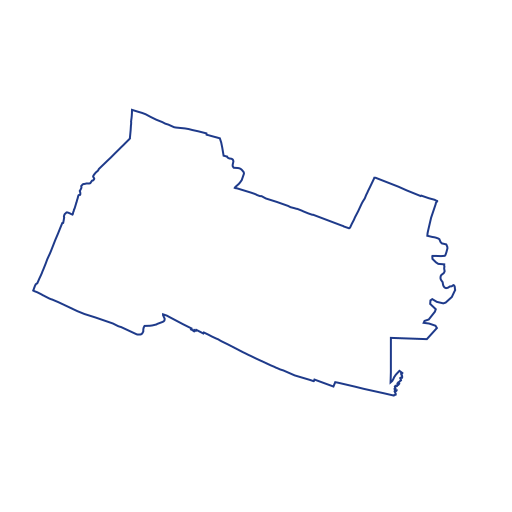 outline of Harsesti, Arges, Romania, rotated 19°
{"feature_id": "2599482B5043651668423", "entity_name": "Harsesti", "entity_type": "district", "adm_level": 2, "iso_a3": "ROU", "parent_name": "Romania", "parent_adm1": "Arges", "projection": "albers", "projection_center": [24.789, 44.52], "detail": "fine", "context": "isolated", "style": "outline", "palette": "blue", "viewbox_px": 512, "rotation_deg": 19, "n_neighbors": 0, "source": "geoboundaries", "source_scale": "gbopen_adm2", "svg_char_len": 5885}
<svg xmlns="http://www.w3.org/2000/svg" viewBox="0 0 512 512"><g transform="rotate(19 256 256)"><path d="M401.3,346.5L422.1,344.1L431.7,343.1L431.8,342.6L433.2,341.7L433.1,341.0L431.2,338.9L431.6,338.4L432.4,338.1L432.7,337.5L432.7,337.2L432.0,337.3L430.9,337.5L430.3,336.6L430.6,336.3L431.0,336.5L431.1,336.4L431.0,335.6L430.4,335.2L429.8,334.4L430.1,333.4L430.5,333.5L431.6,333.1L431.7,332.3L431.3,330.8L431.7,330.7L432.6,331.2L433.0,330.1L431.7,329.2L432.8,327.8L432.9,327.2L433.6,326.4L433.0,325.4L432.1,324.5L432.7,323.7L434.5,323.5L434.0,323.4L433.1,323.0L433.4,322.3L432.9,321.4L432.0,320.9L431.5,319.8L431.8,319.6L432.2,319.8L432.5,319.3L432.5,319.0L429.0,317.9L426.9,322.6L426.1,325.5L425.9,327.7L425.5,329.8L424.4,331.7L421.4,322.1L410.2,289.5L444.6,279.0L450.5,265.2L448.4,263.5L441.7,263.5L436.3,264.6L436.5,262.5L440.0,259.8L443.3,250.4L443.3,247.8L436.3,244.6L435.4,241.2L436.7,239.4L441.9,240.5L448.5,239.8L450.5,238.3L454.5,231.0L455.1,225.5L455.4,223.3L454.9,222.6L454.6,221.8L454.3,221.2L453.8,220.2L453.3,219.7L452.9,219.4L452.3,219.2L451.9,219.5L451.1,220.7L450.6,221.1L449.3,221.6L448.9,222.1L447.9,223.4L446.8,224.2L446.1,224.5L445.2,224.5L444.2,224.2L442.8,223.1L441.9,221.7L441.0,220.0L439.7,219.1L438.8,218.4L438.2,217.8L437.8,217.2L437.5,216.4L437.3,215.6L437.2,214.8L437.4,213.7L437.8,213.0L438.7,211.7L439.2,210.7L439.3,209.3L439.3,208.9L439.0,208.4L438.2,207.0L437.9,206.3L437.7,205.4L437.7,204.9L437.1,203.9L436.7,202.6L430.9,204.1L428.2,203.4L423.8,201.3L422.8,198.9L422.8,198.5L425.3,197.6L430.9,195.9L434.4,194.4L434.8,193.3L434.8,190.5L434.5,186.4L434.0,185.2L432.8,183.8L432.1,183.1L429.0,183.4L427.8,183.6L427.1,183.3L426.1,182.8L425.5,182.2L425.2,181.9L424.8,181.4L424.6,181.2L423.9,180.4L422.4,180.1L421.7,180.1L420.1,180.1L418.7,180.2L416.5,180.6L411.4,181.1L410.8,178.6L410.5,176.3L409.1,162.8L409.0,148.4L408.8,147.3L409.5,145.2L409.4,145.0L408.3,145.0L407.3,144.8L406.4,144.7L400.6,145.1L392.6,145.1L392.2,145.7L377.1,144.9L368.1,144.1L343.6,143.1L342.4,143.5L342.4,144.3L341.3,154.0L340.7,158.6L340.7,159.4L340.3,162.3L340.1,166.2L339.3,169.5L338.9,171.8L338.0,180.5L337.0,187.1L336.8,189.9L336.1,194.5L335.7,198.4L335.5,198.8L335.2,199.3L334.9,199.5L329.3,199.5L328.8,199.3L326.9,199.3L296.5,198.4L295.8,198.7L291.6,198.7L286.2,198.4L284.5,198.2L279.7,198.0L278.9,198.2L276.5,198.3L272.7,198.6L270.1,198.2L258.0,198.1L246.6,198.4L241.8,197.6L240.1,198.1L236.9,198.0L236.0,197.8L234.4,197.7L230.7,197.7L216.0,198.2L214.8,198.5L213.7,198.5L213.7,198.4L214.1,197.3L216.3,193.4L217.0,191.6L217.8,188.9L217.8,184.7L217.8,182.1L217.5,181.4L216.9,180.6L214.6,179.2L213.3,178.7L212.1,178.5L210.8,178.6L209.5,178.9L206.3,179.8L205.7,179.5L204.6,178.5L204.2,177.1L204.0,175.2L203.8,173.8L203.3,173.1L202.7,172.4L201.7,172.1L200.6,172.1L199.6,172.4L198.3,172.4L197.3,172.2L196.4,171.7L196.3,171.4L192.7,171.7L188.9,164.7L186.2,160.1L183.5,156.5L169.8,157.4L169.2,156.2L160.7,156.9L154.9,157.6L151.0,157.9L147.3,158.5L138.5,160.6L136.6,160.9L130.4,160.3L127.1,160.4L123.9,159.9L117.4,159.6L111.0,158.8L105.5,157.9L101.7,157.8L97.4,158.0L91.2,158.2L91.3,158.5L91.7,159.9L92.0,160.7L92.5,162.5L92.7,163.3L92.9,163.9L93.0,164.4L93.4,166.1L93.5,166.6L93.7,167.7L94.0,168.9L94.1,169.6L94.3,170.0L94.5,170.4L94.6,170.6L94.8,171.4L95.1,172.4L95.2,173.1L96.5,177.8L97.3,181.1L98.4,185.7L98.5,185.8L98.3,186.5L95.5,192.2L94.6,194.1L92.8,197.6L92.0,199.3L90.5,202.3L89.4,204.5L86.6,210.3L84.6,214.1L79.9,223.3L79.1,224.9L79.0,225.6L78.8,226.7L78.6,227.1L77.4,229.1L77.0,230.1L76.8,230.7L76.4,231.7L76.3,232.3L76.1,233.0L76.1,233.4L76.1,233.8L76.4,234.2L76.7,234.5L77.3,234.9L77.7,235.4L77.9,235.6L77.9,235.9L77.9,236.2L77.8,236.5L77.4,237.5L76.4,238.2L75.6,241.1L74.6,241.8L72.3,242.5L70.4,243.7L69.3,244.2L69.0,244.6L68.8,244.8L68.4,245.8L68.3,246.0L68.1,246.4L68.0,246.6L68.1,247.1L68.6,247.9L68.7,248.6L68.6,249.6L68.5,250.6L68.3,251.3L68.2,251.9L68.4,252.1L68.5,252.2L68.7,252.5L68.9,252.8L69.1,253.2L69.4,253.6L69.6,254.3L69.7,254.6L69.8,255.0L69.7,255.3L69.7,255.5L68.7,256.0L68.4,256.4L68.4,256.9L68.4,257.0L68.4,257.5L68.6,259.6L68.6,261.0L68.8,263.6L68.7,263.9L68.8,264.7L69.0,269.8L69.0,270.7L68.8,271.1L68.8,271.5L69.0,272.5L69.0,273.0L68.9,273.8L69.1,275.8L69.1,276.2L69.0,276.6L68.9,276.6L67.6,276.5L66.1,276.3L64.7,276.2L64.0,276.2L63.0,276.3L62.8,276.4L62.6,276.6L62.4,277.0L61.9,278.0L61.7,278.3L61.5,278.7L61.4,279.8L61.5,281.0L61.6,281.4L62.0,281.9L62.1,282.1L62.2,283.0L62.5,284.5L62.8,286.7L62.9,287.3L62.9,287.5L62.1,287.9L61.8,293.0L61.5,299.1L61.0,306.2L60.9,308.6L60.8,311.2L60.5,318.3L60.3,321.2L60.1,322.9L59.7,327.0L59.6,331.8L59.4,335.8L59.3,337.8L59.1,340.5L59.1,341.8L59.0,342.8L58.9,344.2L58.5,347.8L58.3,350.3L58.2,351.7L58.1,352.3L58.1,353.0L57.4,353.8L57.0,354.4L56.9,354.6L56.9,354.9L56.9,355.1L56.8,355.5L56.7,356.5L56.7,358.2L56.6,358.7L56.7,359.4L56.6,360.6L56.6,361.2L57.9,361.4L61.0,361.5L66.0,362.2L67.0,362.5L67.9,362.5L68.9,362.7L73.1,363.3L74.6,363.5L76.8,363.6L77.1,363.5L84.2,364.0L105.0,366.3L112.7,366.7L124.3,366.4L142.7,366.4L148.5,367.2L149.9,367.2L151.6,367.1L152.5,367.2L168.6,368.9L169.7,368.8L172.6,367.7L173.6,366.4L174.0,364.1L173.3,361.9L173.1,360.2L173.4,358.4L178.4,356.5L180.6,355.4L184.2,353.1L184.7,352.4L189.2,348.7L190.0,347.8L190.4,346.9L190.3,346.0L190.1,345.1L188.5,343.4L187.3,342.1L187.1,341.4L191.1,341.4L193.4,341.8L209.4,344.3L218.6,345.5L218.5,346.6L221.7,346.9L221.6,347.3L222.1,347.4L222.3,347.3L222.4,346.9L221.8,346.7L221.8,346.0L223.5,346.2L223.6,345.3L225.2,345.5L231.4,346.4L231.6,345.3L236.7,345.9L240.5,346.5L245.3,347.0L247.4,347.1L249.6,347.6L251.4,347.9L258.0,348.7L274.9,351.2L277.6,351.5L281.2,352.0L283.5,352.2L289.1,352.9L305.6,354.6L309.2,354.8L311.4,355.1L312.5,355.1L315.8,355.4L319.2,355.3L331.5,356.3L347.5,355.6L351.2,355.6L351.4,355.5L351.5,353.8L371.7,354.2L372.0,349.5L374.7,349.1L392.2,347.3L401.3,346.5Z" fill="none" stroke="#1e3a8a" stroke-width="2"/></g></svg>